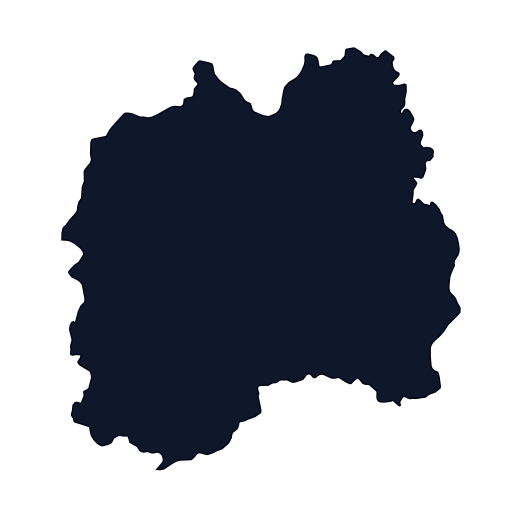 Quy Hop, Nghệ An, Vietnam, rotated 353°
{"feature_id": "81297802B66096195927531", "entity_name": "Quy Hop", "entity_type": "district", "adm_level": 2, "iso_a3": "VNM", "parent_name": "Vietnam", "parent_adm1": "Nghệ An", "projection": "natural_earth1", "projection_center": [105.167, 19.322], "detail": "fine", "context": "isolated", "style": "filled", "palette": "ink", "viewbox_px": 512, "rotation_deg": 353, "n_neighbors": 0, "source": "geoboundaries", "source_scale": "gbopen_adm2", "svg_char_len": 5967}
<svg xmlns="http://www.w3.org/2000/svg" viewBox="0 0 512 512"><g transform="rotate(353 256 256)"><path d="M169.4,448.5L173.1,444.9L174.8,444.2L176.4,444.3L181.2,446.3L183.9,447.0L189.7,445.8L193.9,444.1L197.5,443.5L199.2,442.8L204.7,439.0L206.5,437.4L209.2,433.4L209.7,431.1L210.9,428.5L212.2,427.5L214.4,426.4L216.1,425.1L217.7,422.4L218.6,419.6L219.3,418.5L224.9,418.0L228.1,416.8L235.2,415.2L240.8,412.4L241.6,411.4L241.9,409.2L240.8,395.0L241.7,393.6L241.9,392.5L241.4,390.2L241.3,386.8L242.2,385.5L244.2,384.8L252.4,385.7L256.4,383.9L260.9,383.9L264.1,382.2L266.3,381.8L267.8,382.2L272.0,382.6L276.3,385.5L278.8,385.8L287.4,384.1L291.3,380.1L293.1,379.2L295.7,379.8L298.0,383.1L299.0,383.8L300.2,383.7L302.3,382.2L304.0,381.5L305.3,381.2L307.2,381.2L308.7,381.7L315.9,386.1L317.2,386.5L319.5,386.7L323.1,386.4L323.8,386.7L330.5,392.2L333.7,394.0L334.9,394.0L338.1,391.4L341.9,389.1L342.8,389.7L344.2,391.6L346.6,395.3L348.8,396.5L352.7,397.2L359.5,404.8L359.7,406.0L359.0,410.3L359.0,412.6L359.3,413.6L360.2,415.0L361.8,415.9L365.6,416.5L371.5,416.5L374.6,415.9L377.2,419.2L380.1,422.1L381.0,421.7L380.7,418.8L381.0,417.9L383.6,414.6L385.0,413.4L387.0,413.6L388.8,415.0L391.4,416.2L394.7,416.3L397.3,416.8L406.5,416.6L407.6,416.3L409.4,415.0L411.4,414.1L417.4,412.7L422.5,409.5L423.0,408.1L422.9,397.8L422.2,393.5L419.8,392.4L418.0,390.8L416.8,388.8L416.4,387.4L416.3,385.2L416.6,377.3L417.6,368.5L418.9,365.7L420.4,363.7L424.1,360.6L428.5,357.6L433.2,353.4L437.8,347.7L449.0,338.9L451.3,336.8L452.1,333.1L451.8,331.7L450.1,327.6L449.0,323.6L448.0,321.3L443.9,315.7L443.4,312.0L444.0,307.8L445.7,300.3L447.5,296.5L451.7,289.4L451.6,286.7L452.3,284.5L456.4,279.6L457.7,277.0L458.4,273.7L458.3,268.0L457.8,263.0L456.5,258.3L455.3,256.5L453.1,254.3L451.0,252.9L448.2,249.9L446.8,247.8L446.2,245.8L445.8,238.6L444.2,235.7L443.3,231.7L442.7,231.2L440.6,227.3L437.9,224.5L437.1,224.1L436.3,224.3L435.4,226.8L434.5,227.3L433.9,227.3L432.2,226.2L428.8,225.2L425.4,220.8L424.0,219.5L423.3,219.6L422.7,220.0L420.6,223.4L419.5,223.6L417.0,222.5L419.3,213.7L419.9,209.6L423.0,205.6L424.3,203.3L423.5,201.5L422.0,199.3L421.5,198.1L421.5,197.4L422.0,197.0L423.2,196.8L426.8,197.6L429.4,198.8L431.2,197.9L434.2,192.2L435.0,189.9L435.0,184.8L435.9,183.0L436.9,182.3L437.9,182.0L439.4,182.3L440.6,181.9L443.8,178.7L443.6,177.9L444.5,174.9L444.6,173.6L444.2,172.1L442.2,170.2L438.5,169.1L435.6,169.3L434.8,168.7L432.9,165.9L432.5,164.4L432.7,162.8L434.5,159.8L436.1,156.4L436.2,153.3L435.3,151.4L434.1,151.2L432.8,151.6L431.1,152.7L429.0,153.1L426.9,152.7L425.5,151.4L424.6,149.5L424.4,147.9L425.0,146.4L427.6,142.7L429.0,139.9L429.1,138.7L428.5,136.8L426.2,131.4L425.0,129.9L423.8,129.0L422.3,128.8L421.1,129.3L420.1,130.3L418.8,132.5L417.9,132.6L416.6,131.1L416.9,129.5L417.8,128.2L420.9,125.5L421.8,124.0L422.2,122.1L422.6,118.0L424.2,113.8L425.2,109.9L425.6,105.1L425.5,104.2L424.3,103.6L419.4,104.3L417.6,104.2L414.0,103.6L413.0,102.6L412.6,101.6L412.7,99.9L418.9,94.9L419.9,93.7L420.1,92.5L419.7,91.7L417.0,89.9L415.8,88.3L415.0,86.3L414.6,84.4L414.5,81.0L414.8,79.6L416.4,77.9L416.8,77.0L416.8,75.4L410.4,69.0L409.3,68.2L405.1,70.7L402.0,74.2L400.4,74.1L399.1,73.5L397.2,71.1L395.2,70.1L394.2,70.1L393.1,71.6L392.7,71.8L387.9,70.0L386.2,68.4L384.9,66.4L379.2,61.8L378.1,61.5L371.4,61.9L370.7,62.0L370.2,62.8L368.9,68.2L367.4,70.0L366.3,70.4L364.3,72.7L357.3,72.0L356.2,72.4L354.7,75.1L353.8,75.6L344.5,76.4L342.5,76.3L341.7,75.7L341.4,75.0L341.2,69.9L340.7,67.0L339.9,65.8L337.9,64.3L334.3,62.8L332.0,62.0L330.3,62.0L329.5,62.9L328.9,64.4L328.6,68.4L327.4,72.2L324.0,77.9L321.6,80.9L319.1,83.3L316.5,85.0L310.4,87.6L306.1,91.3L305.0,92.5L303.6,96.0L301.4,103.0L300.2,108.2L297.9,112.9L296.5,114.7L293.5,117.1L286.3,119.2L284.9,119.2L280.0,117.7L271.6,112.9L270.0,110.6L269.0,104.7L268.6,104.0L264.7,101.6L263.7,100.5L263.0,99.4L260.5,93.8L259.8,92.8L256.4,88.9L253.2,87.2L250.9,86.6L249.3,85.4L243.1,79.7L240.3,76.5L236.8,70.5L236.4,67.5L236.1,62.0L235.4,59.9L232.3,58.5L224.4,55.7L223.5,55.7L222.6,56.1L217.2,61.1L216.5,62.4L216.7,63.9L218.0,67.6L216.6,71.0L216.7,73.0L217.1,74.1L219.4,77.1L219.5,78.3L218.4,79.8L215.3,82.8L214.6,86.3L213.4,89.5L212.6,90.3L211.7,90.7L206.5,90.9L204.0,91.9L203.0,95.8L202.3,97.2L200.9,98.3L199.0,98.8L193.5,97.7L189.7,98.0L175.8,103.7L170.1,105.6L168.1,105.9L165.5,105.9L161.3,104.5L158.5,104.3L157.1,103.8L150.4,99.9L146.3,98.7L143.4,98.5L142.2,99.1L128.9,110.6L126.2,113.4L122.0,119.2L109.4,120.1L107.6,120.6L106.9,121.4L106.4,122.3L105.9,124.2L104.3,134.5L104.6,139.9L104.3,141.3L102.9,143.7L97.6,148.9L96.0,151.0L95.6,153.8L95.0,160.8L92.2,166.2L90.0,177.5L86.9,181.0L85.0,185.8L84.3,189.4L82.0,192.2L75.7,197.5L71.5,202.2L68.5,204.4L67.6,205.8L66.3,209.9L65.4,216.3L69.8,217.1L72.8,218.0L77.3,221.1L83.1,226.9L85.2,230.8L85.2,232.9L84.9,234.1L80.2,240.0L79.1,241.0L75.8,242.6L72.4,245.1L68.6,248.5L68.2,249.2L68.4,250.4L70.9,254.3L76.5,258.1L78.6,260.2L80.3,263.4L81.2,277.8L80.6,280.5L80.0,281.4L76.4,284.2L73.1,289.3L68.8,300.2L68.1,300.2L66.6,299.0L65.1,299.6L63.5,301.8L62.7,304.0L62.3,305.6L62.3,307.9L63.2,314.6L63.3,316.6L63.1,317.8L61.1,322.8L61.0,326.3L60.2,330.7L60.3,331.2L61.7,331.9L65.2,331.7L70.2,332.6L70.2,333.8L69.4,335.8L66.5,339.3L66.6,340.5L68.3,343.0L76.9,349.6L77.5,350.4L78.2,353.8L78.2,356.1L77.7,358.0L74.1,366.9L73.1,367.9L68.6,369.7L68.5,373.9L65.0,380.3L63.9,380.9L60.3,379.5L59.1,379.5L58.4,379.7L56.3,381.8L55.1,387.1L53.8,390.2L53.6,391.9L55.0,394.4L55.3,397.6L56.0,398.6L69.8,404.9L70.1,405.6L70.7,413.8L72.8,418.4L75.8,422.6L79.6,425.4L81.2,425.5L86.1,424.8L88.9,424.0L90.0,422.9L92.7,419.2L97.4,417.3L99.0,417.4L102.6,418.4L106.2,418.8L107.1,419.1L107.3,419.6L108.3,425.6L115.1,430.6L116.9,434.5L117.9,435.7L120.4,436.8L124.7,436.7L128.8,438.7L131.0,438.8L134.1,438.4L136.8,439.7L138.3,441.5L139.0,443.0L139.4,446.0L139.0,448.4L138.3,449.6L131.6,455.7L134.9,456.3L138.7,456.0L146.0,452.2L151.7,449.8L155.2,449.2L166.7,450.1L169.4,448.5Z" fill="#0f172a" stroke="#020617" stroke-width="1.5"/></g></svg>